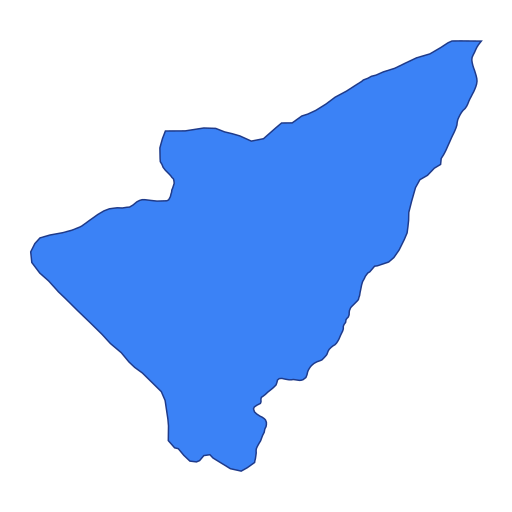 Chargharay, Samchi, Bhutan
{"feature_id": "84629894B86472917172938", "entity_name": "Chargharay", "entity_type": "district", "adm_level": 2, "iso_a3": "BTN", "parent_name": "Bhutan", "parent_adm1": "Samchi", "projection": "natural_earth1", "projection_center": [88.979, 26.995], "detail": "fine", "context": "isolated", "style": "filled", "palette": "blue", "viewbox_px": 512, "rotation_deg": 0, "n_neighbors": 0, "source": "geoboundaries", "source_scale": "gbopen_adm2", "svg_char_len": 3469}
<svg xmlns="http://www.w3.org/2000/svg" viewBox="0 0 512 512"><path d="M440.6,164.4L441.2,158.5L442.2,156.9L443.6,154.7L444.9,152.3L446.1,149.9L447.2,147.4L448.3,144.9L449.4,142.5L450.5,140.0L451.6,137.5L452.8,135.0L454.0,132.6L455.1,130.1L456.1,127.6L456.9,125.0L457.2,122.3L457.8,119.6L458.9,117.1L460.1,114.7L461.5,112.4L463.1,110.3L465.1,108.5L466.6,106.3L467.8,103.9L468.8,101.3L469.9,98.9L471.2,96.5L472.4,94.1L473.7,91.7L474.8,89.2L475.8,86.7L476.6,84.0L477.0,81.2L476.8,78.6L476.2,75.9L475.4,73.2L474.6,70.6L473.6,67.9L472.8,65.3L472.2,62.7L471.8,60.0L472.1,57.4L473.2,54.9L474.5,52.4L475.6,49.9L476.8,47.4L478.2,45.1L479.8,43.0L481.3,41.1L460.8,40.9L452.0,41.0L448.0,42.8L440.5,47.7L429.9,53.9L416.6,57.8L405.6,63.0L394.7,68.3L383.3,71.9L376.1,75.1L371.4,76.3L368.0,78.2L363.3,80.0L361.7,81.4L355.8,85.1L346.5,91.1L335.1,97.2L325.9,104.1L315.8,110.4L307.8,114.1L301.8,116.0L292.2,122.9L281.6,123.0L276.1,127.6L263.5,138.7L258.0,139.8L251.3,141.1L239.8,135.9L232.2,133.7L224.6,131.9L215.7,128.4L203.8,128.0L185.2,130.9L165.4,131.0L162.5,138.5L160.8,144.5L159.9,147.9L160.0,153.7L160.1,158.4L160.3,161.7L162.0,164.5L163.1,167.3L165.4,170.3L169.0,173.9L170.7,175.7L171.9,177.4L173.4,178.8L173.9,180.6L174.2,183.3L172.7,188.0L171.8,190.1L171.6,192.2L171.0,194.0L170.4,196.6L169.5,198.3L168.6,199.9L166.8,200.8L163.2,200.9L157.0,201.1L150.6,200.4L144.9,199.7L142.1,199.7L139.7,200.4L136.9,201.8L132.9,205.1L129.5,207.1L126.7,207.3L122.3,208.0L117.3,207.8L113.8,208.2L109.4,208.8L103.9,210.9L97.8,214.5L89.5,220.4L81.8,226.0L79.9,227.0L71.9,230.2L62.2,232.8L50.0,235.0L40.0,237.9L34.9,243.5L30.7,251.9L31.8,262.5L39.8,273.1L48.6,280.9L57.1,290.3L58.4,291.8L65.3,298.4L77.5,310.5L90.1,322.6L102.1,334.4L110.4,343.5L121.3,352.7L129.0,362.0L134.7,367.4L142.4,373.0L154.8,385.2L161.3,391.6L165.1,400.4L167.9,419.1L168.5,425.9L168.3,440.6L174.6,447.8L178.3,448.7L183.8,455.3L189.9,461.1L196.5,461.9L199.6,460.6L203.8,455.6L209.9,454.7L213.0,458.0L230.4,468.7L241.2,471.1L247.3,467.7L253.3,463.4L254.6,462.5L254.9,460.6L255.4,458.7L255.9,455.3L256.2,452.9L256.1,450.8L256.3,448.8L257.3,446.5L259.0,443.4L260.6,440.8L261.3,438.9L262.0,437.0L262.7,435.2L264.2,432.3L264.5,430.6L264.9,428.8L266.0,426.7L266.4,424.6L266.4,422.4L265.5,420.0L264.3,418.7L262.2,417.2L259.9,416.1L256.6,413.9L254.5,411.9L253.5,408.9L254.3,407.0L256.9,405.2L260.4,403.4L261.0,401.8L260.9,399.0L261.4,397.3L262.8,396.4L265.4,394.4L267.7,392.2L270.1,390.3L272.1,388.7L273.5,387.5L276.0,385.0L276.9,382.5L277.5,380.0L279.2,378.6L281.9,378.4L285.0,379.1L287.2,379.5L289.2,379.8L291.4,379.8L293.2,379.5L294.9,379.7L296.9,380.0L299.7,380.4L301.3,380.2L303.0,379.7L305.9,377.5L307.0,374.7L307.6,372.0L308.3,370.2L309.7,367.8L310.9,366.2L312.1,365.0L314.0,363.4L316.9,361.8L320.0,360.7L321.9,359.9L323.7,358.1L325.4,356.3L326.8,354.6L328.1,351.2L329.2,349.3L331.2,347.3L333.1,345.8L335.0,344.7L336.5,343.1L337.7,341.3L338.9,339.2L340.6,335.2L342.7,330.9L343.3,328.8L343.3,326.3L344.1,324.4L345.6,322.4L346.0,319.7L346.9,318.4L348.3,317.0L349.1,314.8L349.2,312.6L349.4,310.7L350.7,307.6L351.9,306.3L353.9,304.3L357.2,301.0L358.4,299.6L358.9,297.5L359.6,295.5L360.1,292.3L360.5,290.5L361.6,285.0L362.6,281.6L364.3,278.6L365.4,276.2L367.8,273.0L369.8,271.8L374.6,266.2L377.4,265.8L388.7,262.0L393.9,257.5L399.1,250.0L404.3,239.5L407.1,232.9L407.9,226.9L408.6,220.4L408.8,212.4L411.6,201.3L415.5,187.6L419.9,179.7L427.5,175.3L434.3,168.2L440.6,164.4Z" fill="#3b82f6" stroke="#1e3a8a" stroke-width="1.5"/></svg>